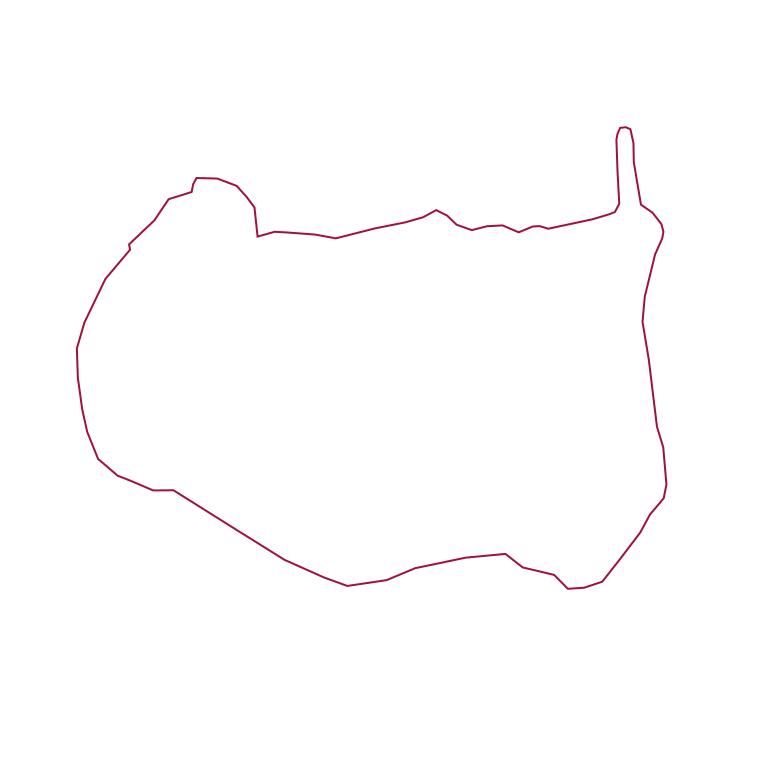 outline of Romanum, Federated States of Micronesia, rotated 170°
{"feature_id": "79324940B2469111888954", "entity_name": "Romanum", "entity_type": "district", "adm_level": 2, "iso_a3": "FSM", "parent_name": "Federated States of Micronesia", "parent_adm1": "", "projection": "equal_earth", "projection_center": [151.668, 7.411], "detail": "fine", "context": "isolated", "style": "outline", "palette": "rose", "viewbox_px": 768, "rotation_deg": 170, "n_neighbors": 0, "source": "geoboundaries", "source_scale": "gbopen_adm2", "svg_char_len": 1164}
<svg xmlns="http://www.w3.org/2000/svg" viewBox="0 0 768 768"><g transform="rotate(170 384 384)"><path d="M270.8,520.3L284.9,528.3L292.6,538.9L302.4,546.2L316.6,541.4L334.9,539.5L365.9,538.8L406.1,535.8L425.8,543.1L453.3,550.1L465.3,552.9L482.9,551.1L480.9,580.3L486.7,591.9L494.7,604.7L512.6,615.3L532.8,619.4L537.2,614.0L540.1,606.5L564.0,603.4L581.6,585.1L610.8,565.8L610.8,560.3L640.1,535.9L668.3,496.6L680.3,472.4L684.4,443.3L685.6,411.6L684.6,388.5L678.6,359.9L662.3,340.0L649.4,332.1L642.2,327.4L629.9,319.3L609.8,315.9L555.1,266.4L512.5,228.1L476.7,203.9L455.2,191.5L415.4,190.4L385.3,197.2L333.8,198.8L293.9,195.6L279.3,179.3L249.5,166.4L238.5,150.4L222.3,148.6L203.4,151.4L182.7,169.9L157.4,193.3L144.7,209.3L128.4,222.9L123.3,236.0L120.0,273.1L122.6,294.4L119.0,361.8L118.6,400.4L112.0,424.8L94.6,464.4L84.6,479.3L82.4,485.4L83.0,493.1L86.5,499.9L90.0,506.3L99.8,516.0L99.5,559.0L96.5,577.8L97.1,592.1L101.3,594.9L107.0,595.2L110.6,589.8L112.7,584.2L117.2,552.2L121.0,520.7L126.7,513.3L132.4,512.1L150.1,510.0L195.3,508.4L203.1,512.4L210.1,513.3L225.0,510.0L239.7,519.6L255.3,521.5L270.8,520.3Z" fill="none" stroke="#9f1239" stroke-width="2"/></g></svg>